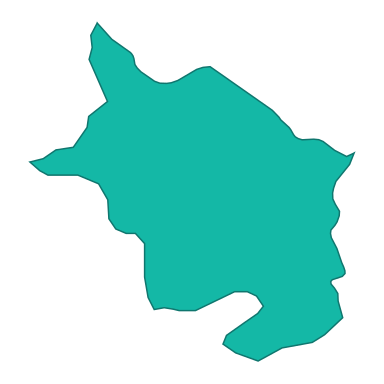 outline of Monmouthshire
{"feature_id": "GBR-2132", "entity_name": "Monmouthshire", "entity_type": "Unitary Authority (wales)", "adm_level": 1, "iso_a3": "GBR", "parent_name": "United Kingdom", "parent_adm1": "", "projection": "robinson", "projection_center": [-2.855, 51.774], "detail": "fine", "context": "isolated", "style": "filled", "palette": "teal", "viewbox_px": 384, "rotation_deg": 0, "n_neighbors": 0, "source": "natural_earth", "source_scale": "10m", "svg_char_len": 1339}
<svg xmlns="http://www.w3.org/2000/svg" viewBox="0 0 384 384"><path d="M97.2,23.0L97.5,23.4L111.8,39.3L130.5,52.6L131.6,53.8L133.0,55.9L133.9,58.6L134.9,64.5L137.2,68.0L141.0,71.9L154.6,81.3L159.9,83.2L166.7,83.4L171.2,82.8L177.8,80.5L196.7,69.4L203.0,67.4L210.1,66.7L272.3,110.3L279.0,117.2L280.6,119.7L289.1,127.5L290.8,129.8L293.5,134.6L295.2,136.8L298.2,138.6L302.2,139.8L313.7,139.2L318.8,139.7L323.1,141.5L334.7,150.4L346.6,156.5L353.2,153.5L354.1,153.0L349.6,164.4L335.9,181.4L333.6,188.1L332.6,193.0L332.8,198.9L335.3,204.3L339.5,211.3L339.2,215.8L337.1,221.8L335.0,225.2L330.9,230.1L330.5,233.5L331.3,237.7L336.9,248.5L341.7,262.6L343.7,267.1L344.9,270.8L345.0,273.5L342.3,276.4L332.3,279.7L330.7,281.6L331.1,284.1L334.5,288.2L337.8,293.5L338.1,301.0L342.7,317.7L324.6,334.7L312.3,342.4L282.1,347.9L258.1,361.0L235.7,352.9L223.0,344.1L226.5,335.4L245.0,322.3L257.7,313.5L263.4,306.2L256.5,296.0L247.3,291.7L234.6,291.7L195.4,310.6L179.2,310.6L173.4,309.2L164.2,307.7L154.2,309.5L148.1,297.5L144.6,277.1L144.6,255.2L144.6,243.6L135.4,233.4L126.2,233.4L115.8,229.0L108.9,218.8L107.8,199.8L98.6,183.8L77.8,175.1L62.8,175.1L47.9,175.1L39.8,170.7L29.9,162.0L43.2,158.7L56.0,149.9L73.3,147.3L87.1,127.4L88.7,116.4L107.5,101.5L89.1,59.4L92.2,47.6L90.8,35.3L97.1,23.3L97.2,23.0Z" fill="#14b8a6" stroke="#0f766e" stroke-width="1.5"/></svg>